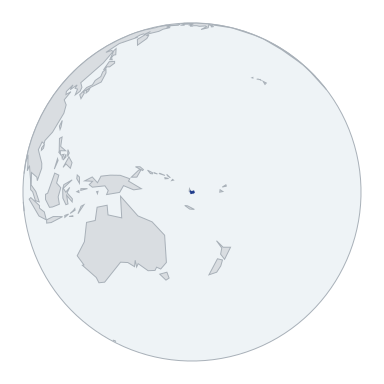 Malampa highlighted on a globe, orthographic projection, rotated 347°
{"feature_id": "VUT-563", "entity_name": "Malampa", "entity_type": "Province", "adm_level": 1, "iso_a3": "VUT", "parent_name": "Vanuatu", "parent_adm1": "", "projection": "orthographic", "projection_center": [167.696, -16.227], "detail": "fine", "context": "on_globe", "style": "filled", "palette": "blue", "viewbox_px": 384, "rotation_deg": 347, "n_neighbors": 0, "source": "natural_earth", "source_scale": "10m", "svg_char_len": 6404}
<svg xmlns="http://www.w3.org/2000/svg" viewBox="0 0 384 384"><g transform="rotate(347 192 192)"><circle cx="192" cy="192" r="169" fill="#eef3f6" stroke="#a8b0b8"/><path d="M226.6,192.6L226.8,193.9L226.5,194.0L226.6,192.6ZM338.5,107.8L332.2,97.8L345.9,122.3L346.1,122.7L343.2,116.8L337.9,107.3L337.2,105.9L328.8,93.3L324.0,87.6L311.4,73.5L296.2,59.1L299.9,62.0L295.8,58.7L290.9,55.1L288.6,53.6L267.9,41.1L250.3,34.1L248.4,34.3L246.0,32.8L244.7,35.6L237.4,35.7L243.4,34.2L242.4,33.2L236.4,32.2L234.0,31.0L229.7,30.1L227.4,28.9L231.1,28.7L229.6,28.1L225.5,27.5L220.5,26.4L226.9,27.2L218.9,25.5L222.6,25.8L234.5,28.5L246.2,32.0L257.6,36.3L268.7,41.4L279.4,47.4L289.6,54.1L299.3,61.5L308.4,69.5L317.0,78.3L324.8,87.6L332.0,97.5L338.5,107.8ZM287.3,103.6L286.2,100.2L288.9,102.5L287.3,103.6ZM284.0,98.0L284.7,99.2L283.9,98.2L284.0,98.0ZM282.5,97.3L283.6,97.8L282.4,97.5L282.5,97.3ZM280.4,96.6L281.5,96.8L281.4,96.9L280.4,96.6ZM277.0,94.7L276.1,94.2L277.1,94.0L277.0,94.7ZM288.0,53.2L291.0,55.2L296.4,59.2L294.1,57.6L288.0,53.2ZM277.5,46.7L278.2,47.0L282.7,49.9L280.9,48.8L277.5,46.7ZM247.5,35.1L250.4,35.7L248.4,35.6L247.5,35.1ZM229.5,30.2L229.5,30.5L227.3,29.9L229.5,30.2ZM221.7,27.7L218.2,26.9L222.4,27.6L221.7,27.7ZM216.6,26.5L208.1,25.1L207.2,25.5L204.9,24.0L212.9,25.4L218.2,26.1L215.8,26.0L216.6,26.5ZM205.0,23.7L203.5,23.5L205.8,23.7L205.0,23.7ZM166.0,25.1L167.0,24.9L172.7,24.1L183.6,23.4L185.0,23.6L194.0,23.7L195.3,23.6L194.8,23.4L204.9,24.0L207.2,25.5L204.2,25.5L207.7,26.9L200.4,26.9L195.9,28.0L185.9,28.1L183.2,29.3L184.9,29.8L182.5,32.3L171.9,36.7L173.1,31.0L187.6,26.3L181.0,27.7L180.3,27.0L176.6,27.4L172.2,28.7L173.0,29.1L154.6,31.0L139.5,36.6L145.9,36.0L146.1,37.8L134.6,46.3L108.2,60.5L108.3,65.2L105.7,68.6L100.1,71.1L103.6,66.0L101.4,64.7L104.2,61.8L96.4,64.9L100.1,60.9L92.2,65.8L91.1,68.7L96.6,67.0L88.2,73.5L89.0,78.8L84.9,86.4L69.6,102.3L60.2,108.8L58.8,111.7L57.2,109.5L51.8,116.2L52.1,130.2L50.9,135.0L43.8,146.2L44.2,142.7L40.0,136.9L36.9,148.9L39.9,156.3L40.9,167.3L37.5,165.2L36.8,155.9L35.3,153.5L37.5,143.2L39.6,129.7L36.3,134.3L38.2,128.5L40.6,118.9L36.8,125.5L32.5,136.3L36.9,125.0L42.1,114.0L48.1,103.4L54.9,93.3L62.3,83.7L70.5,74.6L79.2,66.2L88.6,58.4L98.5,51.3L108.8,44.9L119.6,39.3L130.8,34.5L142.3,30.5L154.0,27.4L166.0,25.1ZM81.6,318.5L83.7,319.7L84.2,320.6L81.6,318.5ZM66.8,188.2L70.5,188.3L70.4,189.1L66.8,188.2ZM62.8,186.2L66.8,185.7L62.4,188.1L62.8,186.2ZM68.4,185.5L72.4,183.2L74.1,181.7L74.0,183.4L68.4,185.5ZM60.3,186.9L47.9,190.1L43.4,189.6L44.1,186.4L51.3,184.7L60.3,186.9ZM43.8,186.4L37.5,181.0L31.7,162.3L33.7,161.2L40.3,170.9L39.8,173.5L43.6,178.2L43.8,186.4ZM60.5,166.6L60.0,174.1L52.8,175.2L49.7,174.9L47.6,166.3L48.8,161.3L51.1,160.7L62.5,142.7L66.0,145.6L62.1,152.8L65.1,158.3L60.5,166.6ZM25.4,163.7L24.5,170.5L24.1,173.0L25.1,165.7L25.4,163.7ZM68.6,131.2L63.0,138.7L68.5,129.2L68.6,131.2ZM72.8,122.7L72.3,125.9L71.1,123.1L72.8,122.7ZM57.2,115.9L54.6,117.5L55.3,115.3L59.0,112.1L57.2,115.9ZM81.7,93.1L79.0,99.2L77.5,101.4L77.6,98.0L81.7,93.1ZM201.8,262.8L206.4,265.1L203.4,270.5L198.0,275.7L189.9,276.5L201.8,262.8ZM146.8,272.0L142.1,264.8L149.5,264.5L150.3,270.7L146.8,272.0ZM205.9,259.0L208.4,253.3L204.9,245.0L209.9,252.8L217.1,254.5L208.6,264.9L205.9,259.0ZM106.6,244.3L86.6,260.2L80.9,259.5L79.5,253.8L68.7,238.7L70.3,238.7L65.8,228.3L76.0,216.2L82.4,197.9L91.3,198.0L96.1,185.5L106.3,185.8L105.0,195.4L117.7,201.4L121.4,180.0L133.9,203.1L146.4,212.1L155.6,228.0L151.2,254.9L144.2,260.0L140.6,257.3L138.3,260.1L131.5,258.8L123.4,249.7L121.2,252.6L121.3,245.7L119.2,251.8L113.6,246.3L106.6,244.3ZM181.9,203.5L184.6,204.5L190.4,209.5L185.9,208.1L181.9,203.5ZM219.9,196.1L222.2,198.5L219.0,198.4L219.9,196.1ZM226.5,194.0L222.6,194.0L226.6,192.6L226.5,194.0ZM190.6,191.0L192.4,192.7L191.5,193.1L190.6,191.0ZM189.4,190.4L190.3,188.2L190.8,190.6L189.4,190.4ZM174.7,176.3L175.9,175.3L176.7,176.3L174.7,176.3ZM76.0,187.5L80.7,180.9L83.8,180.1L76.0,187.5ZM172.2,173.6L168.7,173.1L168.8,171.9L172.2,173.6ZM171.9,170.8L171.3,169.1L174.1,173.3L171.9,170.8ZM164.8,166.5L169.4,169.8L164.4,166.8L164.8,166.5ZM162.4,166.7L159.4,165.1L159.5,164.6L162.4,166.7ZM132.6,167.1L143.4,177.4L135.7,176.8L126.7,170.4L121.4,176.1L108.2,175.3L110.7,171.7L108.5,166.4L96.0,164.9L93.5,161.7L97.6,159.2L89.9,157.0L98.2,154.9L102.0,161.7L106.9,156.1L116.2,157.2L125.8,159.6L134.4,165.1L132.6,167.1ZM99.1,170.2L100.6,170.2L99.5,172.4L99.1,170.2ZM153.6,160.7L158.0,164.5L157.6,165.4L155.6,164.7L153.6,160.7ZM136.2,163.9L145.1,158.6L147.4,158.8L141.6,165.1L136.2,163.9ZM142.6,154.7L147.0,155.7L149.7,159.2L148.8,160.0L142.6,154.7ZM82.0,165.1L81.8,167.1L79.8,165.8L82.0,165.1ZM84.5,163.7L90.9,165.2L84.0,165.4L84.5,163.7ZM67.4,159.4L69.0,163.7L73.9,160.0L70.1,164.7L73.9,171.7L73.0,174.7L69.1,167.1L68.5,175.7L66.3,176.0L64.8,168.9L66.7,159.9L68.8,156.0L78.0,153.2L67.4,159.4ZM84.3,158.2L82.7,153.1L84.0,149.6L85.7,152.1L84.3,158.2ZM78.8,141.5L75.5,136.3L71.9,139.0L80.0,130.1L81.7,136.4L78.8,141.5ZM77.1,129.5L73.6,131.9L77.7,126.9L77.1,129.5ZM73.1,130.2L73.4,126.4L75.8,126.5L73.1,130.2ZM78.8,129.4L80.6,122.8L81.2,126.4L78.8,129.4ZM74.3,118.1L78.2,123.4L71.9,121.9L74.9,110.0L77.8,109.2L74.3,118.1ZM111.1,71.7L112.2,69.0L115.7,68.2L114.0,70.2L111.1,71.7ZM128.3,64.4L117.0,67.2L108.2,70.1L109.5,71.2L104.8,76.1L104.5,72.0L112.9,66.5L119.1,65.2L122.8,61.5L129.1,59.0L132.1,54.8L135.8,53.0L135.0,56.6L128.3,64.4ZM133.2,53.1L140.6,46.4L146.0,47.3L145.6,49.0L139.9,51.5L137.4,50.9L133.2,53.1ZM144.0,45.2L141.7,44.6L147.7,36.6L150.3,35.2L148.6,41.1L146.3,41.0L143.8,43.0L144.0,45.2ZM202.5,23.5L203.4,23.5L203.8,23.6L202.5,23.5Z" fill="#d9dde1" stroke="#a8b0b8" stroke-width="1"/><path d="M192.3,192.6L192.3,192.8L192.2,192.8L191.9,192.8L191.7,192.8L191.7,193.0L191.4,193.1L191.3,192.9L191.2,192.9L191.3,192.8L191.3,192.7L191.2,192.6L191.2,192.4L191.1,192.2L191.1,191.9L190.9,191.7L190.7,191.8L190.5,191.7L190.4,191.6L190.5,191.3L190.5,191.1L190.7,190.9L191.0,191.1L191.1,191.4L191.1,191.5L191.3,191.7L191.4,191.8L191.5,191.8L191.6,192.0L191.8,192.1L192.0,192.1L192.1,192.3L192.3,192.4L192.3,192.5L192.2,192.6L192.3,192.7L192.3,192.6ZM193.4,192.4L193.2,192.4L192.9,192.3L192.8,192.2L192.7,192.1L192.7,191.9L192.8,191.9L193.0,191.9L193.2,191.7L193.3,191.6L193.5,191.9L193.5,192.0L193.8,192.2L193.8,192.3L193.7,192.3L193.4,192.4ZM193.5,192.7L193.5,192.8L193.4,192.8L193.5,192.7ZM193.8,192.9L193.7,192.9L193.8,192.8L193.8,192.9Z" fill="#3b82f6" stroke="#1e3a8a" stroke-width="1.5"/></g></svg>